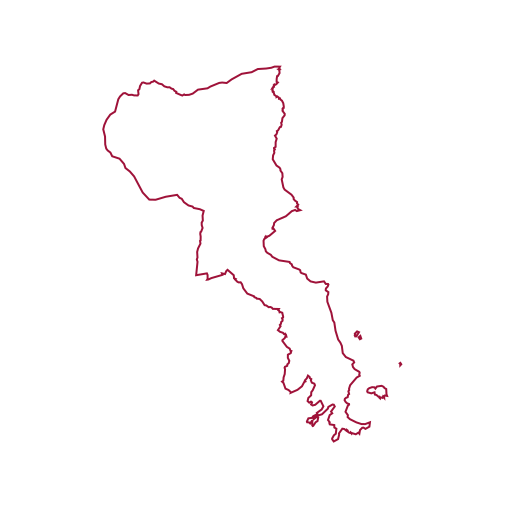 the district of Bunda, Mara, United Republic of Tanzania, rotated 247°
{"feature_id": "72390352B35806479810351", "entity_name": "Bunda", "entity_type": "district", "adm_level": 2, "iso_a3": "TZA", "parent_name": "United Republic of Tanzania", "parent_adm1": "Mara", "projection": "orthographic", "projection_center": [33.643, -2.036], "detail": "fine", "context": "isolated", "style": "outline", "palette": "rose", "viewbox_px": 512, "rotation_deg": 247, "n_neighbors": 0, "source": "geoboundaries", "source_scale": "gbopen_adm2", "svg_char_len": 6044}
<svg xmlns="http://www.w3.org/2000/svg" viewBox="0 0 512 512"><g transform="rotate(247 256 256)"><path d="M432.3,164.9L424.9,163.7L417.6,160.8L413.4,160.1L411.1,160.7L408.1,162.4L404.0,162.6L398.9,168.4L392.3,170.5L388.0,170.2L383.1,172.9L376.9,174.9L358.7,176.5L349.6,179.8L347.0,185.6L345.8,196.1L343.1,207.3L339.4,208.4L337.7,210.0L333.7,210.7L328.9,213.6L326.3,216.9L324.5,217.5L321.0,222.6L317.9,225.5L314.1,222.6L309.4,220.9L307.9,219.0L305.6,218.1L302.7,217.8L299.8,215.0L299.7,214.2L298.1,213.3L295.6,212.7L292.0,211.1L291.8,210.4L289.1,209.7L285.6,205.6L282.7,203.4L277.4,201.5L276.0,200.2L273.5,199.9L261.7,193.4L259.2,204.0L257.4,204.0L253.8,202.5L253.3,201.8L253.0,202.9L253.1,206.3L251.8,217.2L251.8,217.9L253.3,217.9L251.5,220.4L253.7,222.7L254.4,224.4L247.0,228.0L244.1,227.1L242.8,228.3L242.5,227.6L239.5,228.8L238.4,229.8L237.8,231.6L235.5,232.1L231.2,231.7L224.8,233.3L219.6,238.5L218.7,238.4L217.3,239.9L216.5,240.0L215.0,242.6L211.7,244.0L207.4,244.7L206.4,246.2L203.9,247.7L203.5,249.2L202.4,250.3L200.8,250.8L198.3,256.3L197.6,255.3L196.6,255.9L195.0,255.7L195.0,256.4L193.5,258.0L189.6,257.3L188.8,256.9L188.6,255.6L186.8,255.6L185.9,255.0L185.4,253.4L183.8,252.4L183.2,251.0L181.8,251.2L179.2,247.2L176.8,248.5L174.8,250.8L173.1,251.3L172.4,252.0L172.8,252.5L171.9,252.8L169.8,252.5L170.2,251.4L169.2,250.4L168.2,247.4L167.5,247.1L160.3,248.9L157.6,250.8L155.1,250.7L154.7,251.4L153.0,250.0L152.7,246.8L149.8,245.5L146.5,245.7L144.6,244.3L144.0,242.5L142.7,241.8L142.7,239.4L141.9,238.6L140.4,238.5L136.1,236.3L133.5,234.0L130.5,232.4L130.2,230.9L128.4,231.7L122.4,231.3L119.9,233.6L117.0,234.9L116.5,234.5L116.6,241.9L118.1,247.4L121.2,251.2L121.2,252.5L122.4,252.4L123.5,254.9L125.6,257.1L123.7,258.1L122.5,257.8L121.1,258.8L120.1,257.9L117.6,257.9L115.7,259.8L114.0,259.8L110.2,255.7L109.1,253.7L106.2,252.3L104.9,248.7L102.3,246.8L100.2,247.7L100.5,249.7L100.0,250.2L99.1,250.3L97.8,248.7L96.3,249.7L95.9,252.4L97.8,258.3L97.4,259.0L91.3,259.3L89.1,256.5L87.8,250.7L86.5,250.8L86.2,246.1L85.1,244.3L86.1,240.8L83.8,238.2L83.0,238.1L82.1,239.8L80.7,240.4L82.4,243.0L82.1,243.4L78.3,241.6L77.3,241.8L77.3,242.3L79.7,246.0L80.0,248.1L83.1,250.2L84.2,249.3L83.2,245.2L84.7,245.7L85.1,249.6L84.5,254.9L87.4,262.5L88.8,263.6L89.4,268.4L88.7,269.5L86.7,269.7L83.5,264.3L81.4,264.7L80.8,261.7L76.9,258.2L74.2,258.9L73.8,258.3L72.2,258.1L69.8,262.0L67.5,261.1L65.6,262.5L61.2,260.0L60.5,257.6L58.3,254.8L57.5,254.5L54.9,255.1L55.4,260.0L59.0,262.7L60.3,263.1L63.3,268.0L62.2,269.7L59.9,270.9L60.6,271.6L59.5,272.2L58.1,272.0L56.9,272.8L56.3,273.6L56.7,274.2L55.2,274.6L55.6,275.0L52.9,278.2L53.4,281.2L52.0,281.7L55.1,283.7L56.4,286.7L56.0,287.9L54.1,289.2L54.6,293.7L58.4,295.9L58.6,290.8L60.1,287.4L63.6,283.4L69.1,278.7L71.9,277.4L73.6,278.4L77.6,277.5L82.3,282.0L82.8,283.6L83.4,283.8L84.8,282.3L86.6,281.5L88.6,281.2L89.8,282.0L90.3,283.5L90.2,285.2L92.3,286.6L92.6,287.8L95.4,288.2L96.2,289.4L97.5,289.8L100.3,292.2L104.8,301.2L105.2,304.7L106.5,304.7L108.0,305.8L109.0,305.8L113.3,302.6L115.9,301.9L118.6,302.3L119.7,304.8L121.6,304.8L127.9,299.2L132.7,297.9L139.7,299.9L143.4,299.8L147.0,299.0L156.1,300.0L164.2,302.1L166.9,301.6L174.3,303.2L186.0,303.8L190.9,305.6L192.6,307.5L194.5,308.5L197.1,306.8L197.9,307.1L198.8,307.7L199.9,310.1L201.4,311.5L202.1,311.4L203.0,309.3L206.1,308.7L208.1,300.7L211.3,296.3L215.2,294.3L219.4,294.6L222.6,291.1L223.5,290.7L225.7,291.1L226.8,290.4L231.1,285.9L233.1,285.4L234.3,285.7L236.2,284.5L237.4,284.6L243.0,275.5L248.9,270.7L251.3,270.1L254.6,267.6L256.5,266.9L258.6,267.3L262.0,267.0L267.1,268.9L268.4,270.2L268.9,272.7L270.5,271.3L269.5,272.4L270.1,272.9L269.5,273.2L269.4,276.2L271.6,283.4L275.0,282.7L274.8,281.9L275.4,282.0L277.4,284.5L279.3,285.6L280.8,289.1L280.9,299.0L283.3,306.5L283.1,310.0L281.4,311.1L280.9,314.6L282.7,313.2L284.2,313.0L285.0,313.6L285.7,312.4L286.7,314.9L288.4,314.3L289.6,314.9L291.8,313.5L293.7,312.9L295.1,313.5L298.6,312.6L305.9,308.3L308.4,308.0L316.5,309.6L318.4,311.4L321.9,312.6L325.1,311.9L326.4,312.4L328.1,312.2L331.3,310.2L338.5,309.2L342.0,311.1L343.8,313.2L345.8,313.7L346.8,315.0L347.6,314.5L348.4,314.8L348.8,316.7L353.2,318.6L355.9,320.9L359.4,320.5L359.9,322.2L361.5,323.8L362.8,324.0L363.0,325.4L365.3,328.3L365.1,329.4L366.8,330.9L368.8,331.2L369.4,332.3L372.6,334.2L374.3,337.3L375.6,338.0L379.3,337.1L379.9,337.8L381.0,337.8L381.6,338.5L381.5,339.4L382.8,340.0L386.0,340.8L388.8,340.6L390.6,339.6L391.6,339.7L391.8,338.6L392.9,338.9L394.6,337.9L394.4,337.0L395.0,337.2L397.3,335.8L398.9,336.2L400.4,335.6L400.5,336.3L402.1,335.8L404.2,337.3L404.2,336.8L404.8,337.6L404.7,338.7L406.4,339.1L406.8,340.0L406.1,340.5L406.2,341.8L407.2,343.9L408.2,343.0L410.9,344.2L413.3,345.7L413.1,346.4L415.2,349.2L418.1,350.1L418.8,349.7L418.6,350.6L419.4,350.2L419.8,351.2L420.6,351.2L421.0,351.9L423.1,347.1L423.3,343.6L424.6,338.6L427.4,330.7L426.9,323.8L429.3,314.0L428.1,302.6L426.7,296.6L428.9,292.6L429.7,289.8L429.8,280.2L429.3,276.9L431.8,267.6L430.2,261.2L430.5,257.4L431.9,253.6L432.8,253.0L432.5,250.9L433.7,249.6L437.3,246.2L438.3,246.8L439.9,245.5L442.0,245.0L443.1,243.6L445.1,242.4L445.8,240.5L448.0,237.9L450.9,236.5L452.7,233.9L457.2,230.8L456.7,229.6L457.0,227.5L456.3,225.8L457.4,222.7L459.7,220.2L460.0,218.8L457.8,215.7L455.1,213.8L454.6,212.2L450.9,211.1L450.0,209.8L451.5,206.5L452.9,204.8L454.0,201.6L457.1,199.2L457.6,197.4L456.0,193.2L454.1,190.5L444.0,182.7L443.1,177.1L439.8,171.7L435.8,167.5L432.3,164.9ZM89.6,306.8L88.1,305.5L86.9,305.5L84.5,308.5L84.2,311.8L82.0,311.3L81.0,312.6L78.7,313.7L78.4,314.5L77.4,314.2L76.5,314.6L77.4,315.2L76.0,317.0L77.1,318.1L75.4,318.6L77.1,319.2L77.3,320.0L76.0,322.0L77.8,322.1L82.7,323.9L84.2,322.7L85.8,322.3L87.4,320.9L88.6,316.4L87.3,314.1L88.8,313.8L89.9,311.6L90.1,308.6L89.6,306.8ZM144.5,315.9L143.2,315.9L142.8,317.0L145.6,321.0L147.1,319.6L145.9,316.7L145.3,316.8L144.5,315.9ZM141.0,318.7L138.8,319.1L138.9,320.6L141.7,320.8L141.0,318.7ZM99.0,346.1L99.6,347.4L101.2,347.1L101.0,346.3L100.2,346.6L99.0,346.1Z" fill="none" stroke="#9f1239" stroke-width="2"/></g></svg>